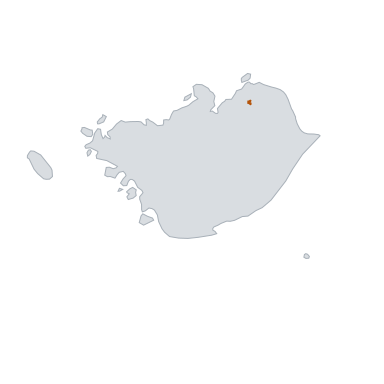 Seongbuk-gu, Seoul, South Korea (highlighted), rotated 68°
{"feature_id": "91817680B19736947579274", "entity_name": "Seongbuk-gu", "entity_type": "district", "adm_level": 2, "iso_a3": "KOR", "parent_name": "South Korea", "parent_adm1": "Seoul", "projection": "robinson", "projection_center": [127.018, 37.597], "detail": "fine", "context": "in_parent", "style": "filled", "palette": "amber", "viewbox_px": 384, "rotation_deg": 68, "n_neighbors": 0, "source": "geoboundaries", "source_scale": "gbopen_adm2", "svg_char_len": 3730}
<svg xmlns="http://www.w3.org/2000/svg" viewBox="0 0 384 384"><g transform="rotate(68 192 192)"><path d="M114.1,95.6L115.4,94.6L115.5,93.2L115.5,88.6L119.2,85.4L124.5,78.9L127.1,75.3L130.1,71.9L133.5,69.7L136.9,68.6L142.1,68.2L152.3,68.6L154.2,68.2L161.3,67.9L162.9,68.5L168.1,68.9L173.7,68.4L176.6,67.5L179.2,65.8L181.5,62.9L183.9,57.3L186.4,53.0L187.9,52.2L198.4,75.3L208.4,90.1L216.9,100.9L229.1,121.7L232.8,132.8L233.2,139.7L235.3,149.1L233.6,154.6L234.2,163.1L233.5,167.5L232.0,170.7L232.0,176.9L232.5,180.3L232.6,184.7L233.6,186.4L235.0,187.0L237.2,185.4L239.9,184.7L239.4,190.0L236.3,203.4L233.5,213.2L229.7,221.7L224.9,229.5L219.0,232.5L214.8,233.6L206.9,234.0L200.3,232.7L194.7,233.6L192.4,235.3L190.7,238.0L192.0,242.4L191.8,245.5L189.4,245.3L184.6,243.4L179.3,243.2L176.8,242.3L174.3,237.7L171.7,237.9L167.3,240.6L160.4,241.2L158.0,242.7L157.2,244.5L158.2,246.9L161.6,250.1L160.5,253.3L156.9,254.9L154.0,250.9L152.2,247.1L150.2,246.9L147.1,248.0L146.5,252.1L147.9,254.9L150.3,258.2L147.0,262.0L146.1,264.7L143.7,266.6L137.1,262.3L138.1,259.3L140.9,256.3L141.2,253.3L140.3,251.5L131.0,259.2L125.2,267.8L122.2,267.2L120.9,265.0L119.1,264.1L112.9,269.7L111.7,274.1L109.5,274.3L108.5,272.4L108.4,268.4L107.3,265.0L100.9,260.1L98.0,255.7L99.6,253.3L104.9,254.6L109.2,254.5L108.3,252.4L107.0,251.4L109.8,250.3L112.2,247.9L110.2,247.3L107.2,248.6L104.7,248.0L103.8,242.3L100.7,236.5L99.2,230.9L102.2,227.7L103.7,222.7L106.5,215.4L107.9,213.0L111.7,211.3L113.1,209.4L111.0,208.5L107.6,207.6L107.7,205.5L110.0,204.4L112.6,202.1L117.6,199.2L119.1,193.9L117.7,192.6L114.6,191.3L115.3,188.7L116.5,186.6L116.1,185.4L112.4,181.9L110.0,178.8L110.7,175.2L110.2,169.8L110.5,165.2L110.4,162.7L108.6,157.2L107.8,151.6L105.5,152.4L103.6,153.8L96.8,151.8L94.7,151.7L93.8,147.6L96.3,142.5L102.0,138.0L105.3,137.4L107.8,135.5L111.7,134.8L116.3,137.9L120.5,138.5L122.8,143.8L124.2,144.9L124.5,142.9L127.9,140.7L128.7,139.0L128.0,138.0L124.1,137.1L120.6,130.5L120.1,127.7L118.9,125.9L120.8,120.6L116.7,114.7L114.8,112.8L115.1,107.4L113.0,104.0L111.8,102.2L111.1,98.9L111.7,97.5L113.6,96.9L114.1,95.6ZM100.5,330.6L98.6,331.8L96.8,331.1L96.3,330.6L94.1,327.6L93.5,326.1L95.0,323.2L101.0,318.4L116.5,313.8L119.3,313.6L125.4,315.6L126.7,319.3L125.6,322.4L124.2,324.6L117.1,328.2L111.6,329.9L100.5,330.6ZM204.6,249.3L200.6,252.4L195.1,248.2L193.8,245.8L197.9,242.3L201.4,238.4L203.8,238.1L204.6,249.3ZM175.6,248.9L175.1,253.9L172.1,254.2L170.2,250.9L168.3,252.5L167.3,252.5L165.8,248.5L165.5,245.3L169.1,242.9L171.2,244.4L174.4,245.1L175.6,248.9ZM96.6,271.4L93.9,272.2L92.3,270.4L91.2,269.9L91.8,267.6L96.4,263.0L97.2,261.4L101.4,262.4L102.9,264.8L101.0,268.5L96.6,271.4ZM109.3,97.9L109.1,104.7L106.8,104.4L105.2,103.7L104.5,102.4L102.9,96.1L104.7,93.5L108.2,95.5L109.3,97.9ZM94.0,252.7L93.4,254.0L91.6,253.6L89.6,250.1L88.9,247.2L86.9,245.7L90.0,243.2L93.9,247.6L94.0,252.7ZM104.8,162.0L104.2,165.3L101.4,163.1L100.6,155.8L103.5,157.9L104.8,162.0ZM296.3,111.2L294.4,112.7L292.1,111.2L291.8,109.6L293.0,108.2L295.7,107.3L297.1,108.5L296.3,111.2ZM119.0,272.7L119.7,275.2L116.3,274.7L114.4,272.4L114.7,270.4L116.7,270.1L119.0,272.7ZM164.1,258.7L163.6,260.3L161.4,257.9L163.6,255.3L164.1,258.7Z" fill="#d9dde1" stroke="#a8b0b8" stroke-width="1"/><path d="M128.9,103.7L129.1,104.5L129.2,104.9L129.2,105.1L129.3,105.4L129.2,105.5L128.9,105.8L128.9,106.0L129.2,105.9L129.4,105.9L129.6,106.0L130.0,106.2L130.1,106.6L130.5,106.8L130.8,106.4L131.2,106.0L131.3,105.9L131.5,105.7L131.8,105.6L131.9,105.4L132.1,105.3L132.7,105.1L132.7,104.7L132.3,104.6L132.0,104.3L131.8,104.2L131.5,104.7L131.2,104.8L130.8,104.9L130.5,104.8L130.3,104.6L130.2,104.4L130.1,104.2L129.9,103.9L129.3,103.4L128.9,103.7Z" fill="#f59e0b" stroke="#b45309" stroke-width="1.5"/></g></svg>